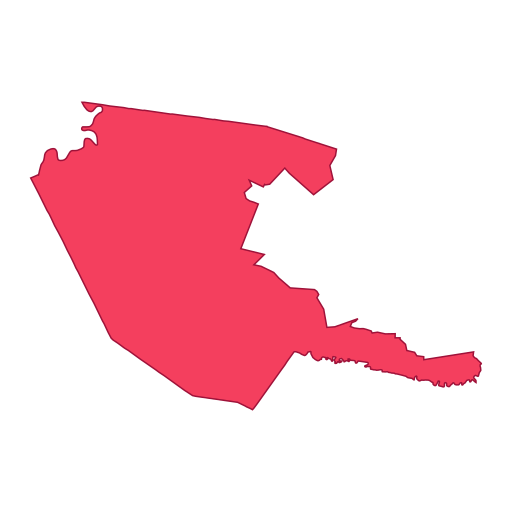 the district of Chisec, Alta Verapaz, Guatemala
{"feature_id": "79465075B86099287791236", "entity_name": "Chisec", "entity_type": "district", "adm_level": 2, "iso_a3": "GTM", "parent_name": "Guatemala", "parent_adm1": "Alta Verapaz", "projection": "albers", "projection_center": [-90.202, 15.889], "detail": "fine", "context": "isolated", "style": "filled", "palette": "rose", "viewbox_px": 512, "rotation_deg": 0, "n_neighbors": 0, "source": "geoboundaries", "source_scale": "gbopen_adm2", "svg_char_len": 6015}
<svg xmlns="http://www.w3.org/2000/svg" viewBox="0 0 512 512"><path d="M336.5,149.1L305.2,139.0L302.8,137.9L267.4,126.8L266.9,126.3L266.4,126.4L255.1,125.0L228.5,121.3L223.4,120.9L214.5,119.4L213.0,119.5L205.6,118.5L199.4,117.4L187.0,116.0L172.1,114.0L170.7,114.1L144.4,110.3L142.8,110.4L131.1,108.6L128.8,108.6L123.8,107.6L109.8,106.0L102.3,104.7L84.5,102.3L82.0,102.3L84.2,106.4L86.9,109.8L88.6,111.0L89.4,111.3L90.2,111.5L91.3,111.6L92.3,111.1L93.0,110.7L96.1,107.1L97.3,106.4L98.5,106.1L100.5,106.2L101.0,106.4L101.5,106.7L102.2,107.5L102.4,108.1L102.5,109.5L102.4,110.7L102.2,111.2L101.3,112.3L99.7,112.9L98.4,113.8L96.2,115.8L95.4,116.8L94.5,118.2L94.1,119.0L93.3,122.0L92.6,123.9L91.3,125.4L90.3,126.3L89.6,126.6L88.3,126.8L86.4,126.9L82.7,126.9L82.1,127.4L81.7,128.3L81.8,129.4L82.0,129.8L82.6,130.2L83.3,130.5L84.9,130.6L87.4,130.0L89.1,130.0L91.3,130.5L92.4,130.9L94.3,132.0L95.7,133.7L96.2,134.6L96.9,136.7L97.1,137.7L97.3,139.9L97.5,144.4L97.1,144.9L96.4,145.1L95.5,144.8L94.4,143.7L91.2,140.1L89.6,138.9L87.6,138.4L86.3,138.5L85.6,138.6L85.1,139.0L84.6,139.9L84.2,141.7L83.9,146.4L83.7,147.0L83.4,147.4L82.3,148.2L81.1,148.9L77.3,150.4L75.3,150.6L72.8,150.6L71.9,150.7L70.9,151.1L70.1,151.9L69.5,152.8L66.4,158.1L65.0,159.4L63.8,160.0L62.4,160.4L60.3,160.5L59.4,160.3L58.5,160.0L58.0,159.4L57.4,156.9L57.1,153.2L56.9,152.1L56.5,151.0L55.5,149.4L55.0,149.1L54.0,148.7L52.6,148.7L50.9,149.0L48.0,150.3L47.1,150.9L45.4,152.9L44.8,154.5L44.6,155.5L44.4,157.1L43.8,160.2L42.9,162.1L41.7,163.7L41.0,164.9L39.5,170.7L39.2,172.3L38.5,175.0L38.1,174.8L34.8,176.3L30.7,178.0L37.5,191.2L38.7,193.5L47.1,210.6L49.2,214.0L51.0,217.7L54.7,225.7L58.4,232.4L63.0,241.2L67.3,250.3L71.1,257.6L73.9,263.4L75.9,267.9L78.1,271.8L89.2,294.3L93.9,303.1L102.5,320.9L104.0,323.5L108.2,332.5L111.2,338.2L113.2,340.1L117.9,343.2L123.8,347.6L125.6,348.8L128.3,350.4L140.4,359.2L143.6,361.4L155.6,369.7L159.1,372.3L164.1,375.6L184.6,390.4L192.6,395.6L195.7,396.3L237.6,402.3L245.4,406.1L246.5,406.8L249.9,408.3L252.5,409.7L254.0,408.0L256.9,404.1L281.4,369.7L284.7,365.2L287.2,361.3L291.9,354.8L293.9,352.0L294.7,351.7L296.2,351.8L297.5,352.3L299.5,352.9L301.6,354.3L304.5,355.5L305.3,355.3L306.3,354.5L307.4,353.1L307.9,352.1L310.4,351.5L310.8,351.7L311.0,352.0L310.9,353.1L311.1,354.0L312.9,357.5L315.3,359.5L316.8,360.3L317.4,360.6L318.0,360.7L318.7,360.6L319.3,360.3L320.3,359.4L321.4,359.3L321.6,357.9L321.9,357.5L322.3,357.2L322.8,357.0L323.5,357.0L325.1,357.6L325.7,357.5L326.2,357.8L325.8,359.0L326.4,359.5L326.8,359.6L327.2,359.4L327.3,357.9L327.6,357.6L328.1,357.8L328.7,358.6L330.2,358.8L330.7,359.2L331.0,359.6L331.6,361.0L332.2,361.2L332.6,360.8L332.8,357.2L333.0,356.7L333.7,356.7L335.2,357.0L335.7,357.2L335.8,357.7L334.1,360.0L334.6,361.0L335.4,362.0L335.1,362.5L334.8,362.9L335.2,363.4L335.7,363.4L336.4,363.3L337.1,362.7L337.8,361.7L338.3,361.8L339.1,362.5L339.6,362.6L341.5,361.8L341.8,361.4L341.5,361.0L339.4,360.8L339.2,360.1L339.4,359.4L339.8,359.0L340.2,358.8L341.4,358.5L342.0,358.9L342.8,360.1L343.4,360.2L343.7,360.8L344.1,361.8L344.7,361.7L345.3,361.2L346.0,360.8L347.1,360.7L347.7,360.9L348.2,361.3L348.9,361.5L349.3,361.1L348.1,359.7L348.0,359.1L348.6,358.9L349.2,358.9L349.7,359.2L350.5,360.2L350.9,360.3L353.6,360.5L354.7,360.7L355.0,361.1L355.2,361.5L355.3,362.2L355.7,363.0L356.2,363.1L356.8,362.9L357.3,362.3L358.1,361.1L358.9,361.1L367.6,362.4L367.9,362.6L368.2,363.0L368.1,364.2L367.7,364.6L365.2,365.7L364.8,366.0L364.8,366.5L365.1,366.8L365.6,367.0L366.2,367.0L367.2,366.5L369.7,366.6L370.3,366.9L370.6,367.7L370.5,368.7L370.8,369.2L372.5,369.5L373.5,369.8L375.4,369.9L376.4,370.2L378.2,370.1L380.4,369.7L381.3,369.8L381.9,370.0L382.2,370.5L382.2,371.6L382.6,371.8L383.8,371.8L385.5,371.9L387.3,371.7L388.5,372.3L389.0,372.5L390.0,372.5L391.5,373.0L394.1,373.2L394.7,373.4L395.0,373.7L395.7,373.9L396.8,373.9L402.1,375.2L405.7,376.2L406.2,376.4L407.5,377.5L408.6,377.8L412.1,378.4L413.7,379.8L414.2,379.8L414.5,377.5L415.5,376.5L416.0,376.2L416.4,376.1L416.8,376.5L416.7,378.4L417.0,379.1L418.6,380.6L419.4,380.9L420.0,380.8L421.5,380.1L423.8,380.2L425.3,380.0L428.1,380.1L428.7,380.2L430.2,380.9L431.7,382.1L432.3,382.2L432.9,382.5L433.0,383.5L433.1,384.2L433.6,384.8L434.2,385.3L434.9,385.6L435.4,385.6L435.9,385.4L437.1,383.5L438.0,381.5L438.2,381.1L438.9,381.0L439.4,381.5L439.4,382.4L438.8,384.2L438.7,385.4L439.1,385.8L439.7,386.0L440.7,386.2L443.1,386.9L443.9,386.8L444.2,386.4L444.4,385.9L444.4,384.5L444.6,383.1L445.2,382.7L445.9,382.8L446.2,383.0L446.6,383.5L446.7,385.5L447.1,386.0L448.3,386.6L448.8,386.6L449.5,386.5L449.9,386.0L450.6,385.1L452.0,384.0L452.8,383.1L453.3,382.8L453.9,383.0L454.7,384.2L455.3,384.6L456.7,384.9L458.7,384.8L459.3,384.2L460.0,383.2L460.5,382.8L461.1,382.6L461.6,382.8L461.8,384.5L462.1,385.0L462.7,384.9L463.7,383.6L464.2,383.4L465.0,382.9L466.8,380.4L467.3,380.2L468.8,379.8L469.4,380.0L469.6,380.6L469.7,381.7L470.2,381.9L470.8,381.6L471.6,380.2L472.2,379.8L472.8,379.9L475.2,382.0L476.0,382.5L476.0,380.9L475.8,380.2L475.4,379.7L474.0,378.2L473.7,377.6L473.8,376.9L474.4,376.0L474.8,375.7L475.5,375.4L477.9,376.3L478.4,376.0L479.3,372.6L480.6,370.7L480.8,370.2L480.5,367.3L480.1,366.3L480.1,365.2L480.2,364.7L480.6,364.2L481.0,364.1L481.3,363.8L481.1,363.2L478.1,360.4L476.5,358.6L474.9,357.9L473.7,356.7L473.1,355.7L473.5,352.4L473.6,351.9L423.8,359.7L423.7,356.7L416.8,355.8L414.6,352.3L406.8,350.5L405.5,344.3L400.1,339.3L400.1,337.8L395.1,337.8L395.2,333.7L385.4,333.9L377.5,332.2L372.1,333.0L371.2,331.0L366.1,329.3L363.3,328.6L359.5,328.7L354.4,328.0L350.3,326.5L351.8,322.7L355.6,321.2L357.9,318.7L334.9,326.8L326.9,327.4L323.7,309.2L316.9,297.8L318.7,294.5L316.9,291.4L314.5,289.6L290.2,287.9L278.8,278.0L273.8,272.5L261.1,266.3L253.9,264.8L264.3,254.5L240.8,248.7L258.3,204.0L253.8,202.2L249.6,200.9L246.1,198.6L244.3,192.5L251.7,185.9L249.2,180.2L263.3,186.9L264.6,184.4L265.4,184.9L269.7,184.2L284.8,168.1L289.3,173.2L313.6,194.7L333.1,179.6L329.8,165.5L335.5,155.6L336.5,149.1Z" fill="#f43f5e" stroke="#9f1239" stroke-width="1.5"/></svg>